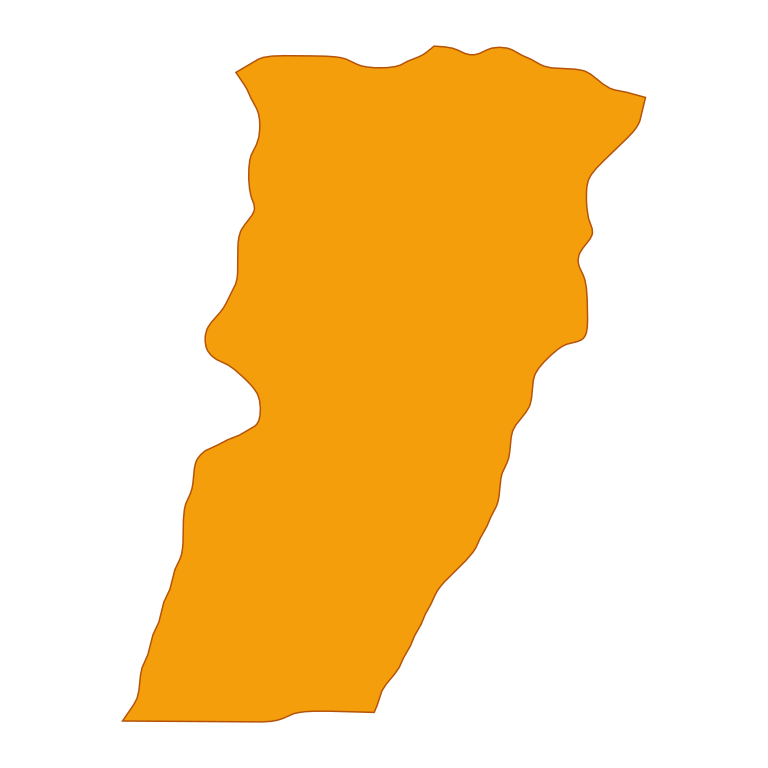 the district of Postrer Rio, Independencia, Dominican Republic
{"feature_id": "3306468B53759087220335", "entity_name": "Postrer Rio", "entity_type": "district", "adm_level": 2, "iso_a3": "DOM", "parent_name": "Dominican Republic", "parent_adm1": "Independencia", "projection": "orthographic", "projection_center": [-71.638, 18.58], "detail": "fine", "context": "isolated", "style": "filled", "palette": "amber", "viewbox_px": 768, "rotation_deg": 0, "n_neighbors": 0, "source": "geoboundaries", "source_scale": "gbopen_adm2", "svg_char_len": 2887}
<svg xmlns="http://www.w3.org/2000/svg" viewBox="0 0 768 768"><path d="M645.5,97.5L627.1,92.4L614.5,89.9L609.7,88.2L602.9,84.0L590.4,74.0L585.7,71.5L583.3,70.6L575.5,69.2L551.7,67.9L544.1,66.2L539.7,64.2L531.4,59.5L522.2,55.4L511.9,49.7L507.2,48.1L499.5,47.3L491.9,48.1L487.4,49.7L479.3,53.5L474.8,54.7L472.3,54.8L469.9,54.7L465.3,53.6L457.0,49.8L452.5,48.2L444.8,46.9L434.1,46.1L426.4,52.4L422.3,55.1L417.6,57.3L407.9,61.1L400.4,65.1L395.1,66.6L386.7,67.7L375.3,67.8L366.9,67.0L361.4,65.9L356.6,64.1L345.9,59.0L340.4,57.6L334.7,56.8L325.8,56.2L310.8,55.9L283.8,55.7L272.0,56.1L263.4,57.4L258.4,59.2L235.9,72.4L244.5,85.1L247.0,89.3L251.1,98.5L256.8,109.0L258.5,113.8L259.4,118.9L259.8,124.2L259.7,129.5L258.8,137.3L256.5,144.5L251.2,155.1L249.8,160.1L248.9,168.0L248.7,178.7L249.6,189.3L251.1,196.6L254.0,204.5L254.5,208.5L254.1,210.8L252.2,214.9L244.7,224.8L241.8,229.1L240.6,231.4L239.0,236.6L238.2,242.1L237.9,247.7L237.6,273.3L237.0,278.8L235.6,284.1L225.9,303.7L223.3,308.1L220.1,312.3L211.3,322.4L208.3,326.8L207.0,329.2L205.6,334.2L205.2,336.8L205.2,341.9L206.1,347.0L207.0,349.4L208.2,351.6L211.2,355.4L214.9,358.4L216.9,359.7L228.1,365.0L234.5,369.5L244.6,378.5L250.3,384.3L253.7,388.3L256.7,392.7L257.9,395.1L259.5,400.2L260.4,408.0L260.0,415.5L258.9,420.3L257.9,422.4L256.6,424.4L255.0,426.0L239.3,435.2L227.8,439.7L217.2,445.2L206.1,450.3L204.1,451.6L200.6,454.8L197.6,458.6L196.5,460.7L195.6,463.1L194.4,468.1L192.9,483.5L192.0,488.5L190.5,493.2L185.7,504.0L184.4,509.3L183.4,520.4L183.0,543.1L182.5,548.7L181.6,554.1L180.0,558.9L174.9,569.6L169.9,589.3L163.8,602.2L158.9,622.0L152.9,634.9L147.9,654.6L142.1,667.6L140.5,675.1L138.9,690.7L137.1,698.2L133.7,704.7L122.5,721.0L262.1,721.9L271.4,721.3L277.4,720.2L283.0,718.4L293.3,713.8L299.0,712.5L304.9,711.7L314.0,711.2L329.5,711.2L374.2,712.4L377.1,705.5L381.9,690.9L386.2,684.2L394.8,673.8L399.3,667.3L403.4,658.1L410.5,645.7L414.3,636.4L421.3,623.9L425.1,614.6L430.9,604.2L435.0,595.2L437.5,590.6L440.6,586.3L444.2,582.1L465.9,560.5L473.0,552.2L475.9,547.7L480.0,538.6L487.0,526.1L490.9,516.8L496.4,506.3L498.0,501.6L499.0,496.5L500.9,478.3L502.1,473.3L507.1,462.6L508.7,458.0L509.6,452.9L511.2,437.3L512.3,432.2L513.2,429.8L515.7,425.2L525.6,412.7L528.4,408.2L529.6,405.9L530.4,403.4L531.5,398.4L533.3,380.3L534.7,375.3L535.8,372.9L538.6,368.4L543.7,362.3L551.3,354.8L557.5,349.6L561.7,346.7L566.2,344.4L577.5,341.5L581.5,339.8L583.3,338.4L584.7,336.5L585.8,334.4L586.5,332.1L587.3,327.1L587.6,319.0L587.2,299.2L586.4,287.9L584.9,279.8L583.2,275.1L579.3,266.9L578.2,262.3L578.1,259.9L579.0,255.0L580.0,252.7L582.6,248.5L590.1,238.9L592.1,234.8L592.5,232.6L592.1,228.5L588.5,218.3L586.9,208.0L586.4,200.0L586.5,191.9L586.9,186.6L588.0,181.5L588.9,179.0L591.5,174.3L596.5,168.1L604.1,160.4L627.8,137.5L633.3,131.6L636.5,127.4L639.1,122.8L640.0,120.3L645.5,97.5Z" fill="#f59e0b" stroke="#b45309" stroke-width="1.5"/></svg>